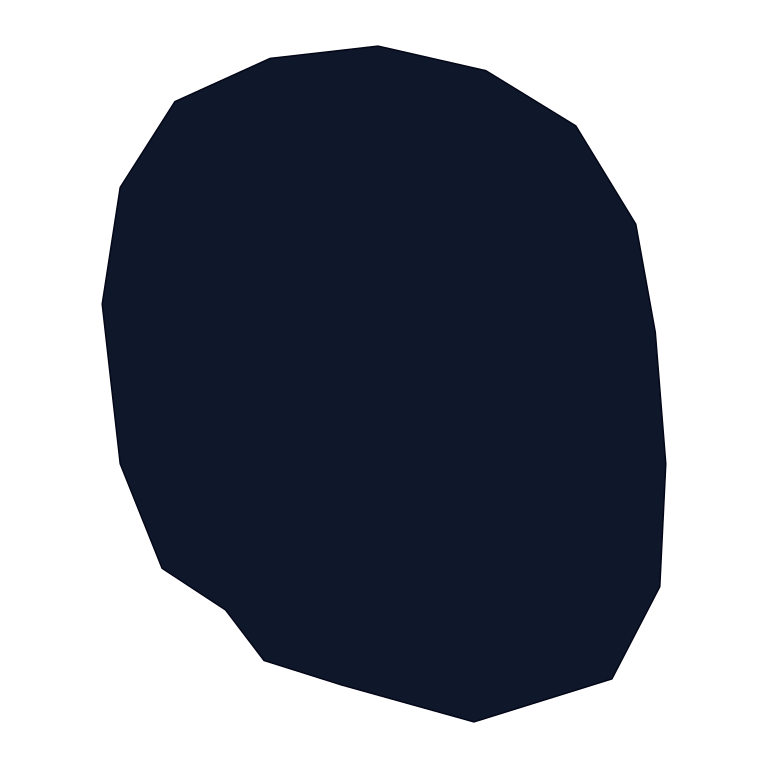 the border of Bamako
{"feature_id": "MLI-2792", "entity_name": "Bamako", "entity_type": "District", "adm_level": 1, "iso_a3": "MLI", "parent_name": "Mali", "parent_adm1": "", "projection": "orthographic", "projection_center": [-8.0, 12.623], "detail": "fine", "context": "isolated", "style": "filled", "palette": "ink", "viewbox_px": 768, "rotation_deg": 0, "n_neighbors": 0, "source": "natural_earth", "source_scale": "10m", "svg_char_len": 356}
<svg xmlns="http://www.w3.org/2000/svg" viewBox="0 0 768 768"><path d="M378.0,46.1L485.9,70.7L575.8,125.9L635.8,224.2L655.3,332.3L665.8,463.8L659.8,586.7L611.9,678.9L473.9,721.9L342.0,685.1L264.0,660.5L225.6,610.0L162.1,568.3L120.2,463.8L102.2,304.1L120.2,187.4L174.9,101.6L270.1,58.4L378.0,46.1Z" fill="#0f172a" stroke="#020617" stroke-width="1.5"/></svg>